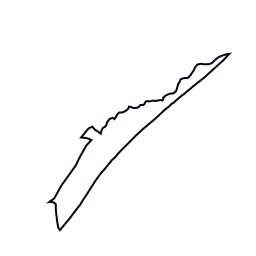 Ibeju Lekki, Lagos, Nigeria, rotated 310°
{"feature_id": "59680162B89638160160445", "entity_name": "Ibeju Lekki", "entity_type": "district", "adm_level": 2, "iso_a3": "NGA", "parent_name": "Nigeria", "parent_adm1": "Lagos", "projection": "orthographic", "projection_center": [3.982, 6.458], "detail": "fine", "context": "isolated", "style": "outline", "palette": "ink", "viewbox_px": 256, "rotation_deg": 310, "n_neighbors": 0, "source": "geoboundaries", "source_scale": "gbopen_adm2", "svg_char_len": 2586}
<svg xmlns="http://www.w3.org/2000/svg" viewBox="0 0 256 256"><g transform="rotate(310 128 128)"><path d="M20.7,115.3L21.8,116.3L23.1,118.7L23.2,120.3L23.1,121.9L20.1,124.2L15.2,129.1L14.0,130.6L12.6,131.9L11.5,133.1L7.0,138.4L6.4,140.3L6.1,141.5L10.6,141.5L18.8,141.4L22.6,141.4L25.4,141.2L28.4,141.0L32.1,140.8L38.5,140.7L41.2,140.2L45.4,139.6L47.0,139.5L52.1,138.9L55.7,138.4L58.2,138.0L63.2,137.4L66.7,137.0L69.2,136.8L72.5,136.5L75.3,136.4L78.2,136.4L82.0,136.5L83.5,136.5L87.6,136.4L90.5,136.5L90.5,136.4L93.0,136.3L97.4,136.9L97.8,136.9L102.1,136.9L106.6,137.1L111.3,137.6L113.4,137.7L117.1,138.1L123.3,138.6L124.7,138.7L126.5,138.8L128.6,139.1L134.0,139.8L136.2,140.0L141.7,141.0L143.7,141.3L147.1,141.9L149.6,142.4L154.6,143.1L158.9,143.7L163.5,144.2L165.4,144.4L166.9,144.7L167.8,144.9L170.9,145.6L174.2,145.8L177.1,146.8L179.6,147.0L183.7,147.7L188.4,148.6L190.3,149.3L191.0,149.3L192.6,149.4L194.6,149.8L196.7,150.3L200.6,150.9L202.0,151.1L202.7,151.3L215.2,153.9L217.4,154.3L219.5,154.5L239.8,157.3L242.5,157.6L245.3,157.7L247.7,157.7L249.9,158.0L248.1,156.2L243.3,153.2L241.3,152.4L241.2,152.0L236.4,151.0L231.7,150.5L229.4,149.3L226.1,145.9L224.8,143.8L224.0,142.5L221.0,140.3L217.0,140.5L214.5,141.2L214.0,141.4L213.3,141.5L212.6,141.4L212.3,141.6L210.9,141.7L209.9,141.7L208.6,142.0L208.2,141.9L205.2,141.8L204.0,140.8L202.6,139.1L200.9,138.0L200.5,137.7L199.3,137.0L198.5,137.2L196.6,137.9L196.4,137.8L194.8,138.2L194.4,138.0L193.9,138.1L193.2,138.5L192.7,138.7L189.6,140.2L187.9,140.8L186.9,141.0L186.6,141.1L186.2,140.9L185.2,140.9L183.8,140.4L182.6,139.5L181.4,138.1L179.7,137.2L176.3,135.7L175.8,135.9L174.6,135.9L174.1,135.4L172.8,136.4L171.8,136.8L171.0,136.4L170.6,135.3L168.7,133.5L166.5,131.8L165.5,130.1L162.1,127.2L161.6,126.6L161.5,126.3L160.7,125.2L160.0,124.7L158.3,124.8L156.6,125.2L155.6,125.0L155.1,124.5L154.7,123.9L153.6,122.8L152.8,122.6L151.7,122.8L149.9,122.3L147.9,120.5L146.9,119.5L146.1,116.9L145.0,115.0L142.8,115.8L141.1,115.6L138.9,114.9L137.6,114.5L136.9,114.0L136.2,113.6L135.9,113.2L135.4,112.7L134.9,112.1L134.6,111.8L134.4,111.5L134.0,111.4L133.4,111.3L132.8,111.1L132.0,111.2L131.2,111.1L130.6,111.3L130.1,111.2L129.3,111.5L127.7,111.8L127.3,111.7L126.1,111.9L125.9,109.6L123.1,108.1L118.8,108.3L115.8,109.7L114.0,109.5L111.9,108.7L109.1,109.3L106.1,110.8L105.9,106.3L105.4,104.4L106.0,99.7L102.8,98.3L102.1,98.1L99.4,98.0L90.5,98.2L91.1,99.0L93.3,102.2L94.2,104.1L95.3,107.7L89.1,107.4L88.0,107.3L78.8,109.0L72.1,110.4L66.1,112.0L40.9,114.0L26.3,116.8L22.7,115.7L20.7,115.3Z" fill="none" stroke="#020617" stroke-width="2"/></g></svg>